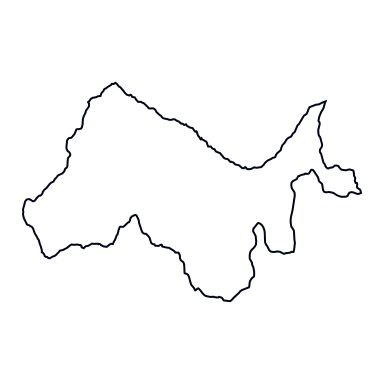 Sacama, Casanare, Colombia
{"feature_id": "7082276B28125615795996", "entity_name": "Sacama", "entity_type": "district", "adm_level": 2, "iso_a3": "COL", "parent_name": "Colombia", "parent_adm1": "Casanare", "projection": "equal_earth", "projection_center": [-72.205, 6.05], "detail": "fine", "context": "isolated", "style": "outline", "palette": "ink", "viewbox_px": 384, "rotation_deg": 0, "n_neighbors": 0, "source": "geoboundaries", "source_scale": "gbopen_adm2", "svg_char_len": 5979}
<svg xmlns="http://www.w3.org/2000/svg" viewBox="0 0 384 384"><path d="M45.6,256.8L47.0,256.9L48.6,258.2L50.0,258.2L52.6,256.6L53.8,256.3L55.5,255.4L58.7,252.2L59.8,250.7L62.9,250.0L66.8,248.0L70.3,245.2L71.6,244.5L73.6,244.8L77.6,244.6L79.8,245.0L81.2,245.5L81.7,247.3L82.0,247.5L83.8,248.2L85.2,246.7L86.1,246.2L88.3,245.8L92.0,243.6L93.9,243.9L97.2,243.7L98.4,244.2L98.9,243.8L100.4,244.3L101.0,245.1L103.8,246.5L105.7,246.6L106.3,246.9L107.1,246.6L109.4,244.7L111.1,243.8L112.9,244.0L114.1,241.1L115.0,239.9L116.7,235.3L117.6,234.3L118.5,230.3L119.5,227.6L119.9,227.0L120.3,226.7L121.0,226.7L122.9,226.9L123.9,226.4L127.8,222.7L129.2,222.0L130.0,220.4L130.2,219.1L130.6,217.9L132.0,216.4L135.0,214.9L135.7,215.0L136.5,215.5L138.6,219.8L139.1,223.0L142.0,231.7L143.3,233.2L144.3,233.7L146.0,233.8L148.3,236.1L149.7,238.0L150.9,242.2L151.6,243.4L152.6,244.0L154.5,244.4L155.0,245.5L155.8,245.8L158.7,245.9L160.4,244.9L161.4,244.7L162.1,245.2L162.1,246.2L162.3,246.5L166.3,247.5L169.2,247.9L174.3,251.1L175.1,252.3L175.7,252.6L178.5,252.7L178.9,253.1L179.9,255.6L180.0,258.4L180.6,259.8L182.1,261.4L183.1,261.9L183.9,263.5L184.3,266.0L184.5,272.8L184.9,273.3L186.7,273.9L188.0,274.8L189.0,276.9L190.6,283.0L191.6,285.3L193.7,287.6L195.1,290.3L195.8,290.2L197.4,288.6L198.4,288.4L200.2,290.2L202.7,293.5L205.1,295.7L207.0,296.3L211.0,297.0L212.9,296.7L216.1,297.4L218.3,297.4L219.2,296.8L221.9,297.8L223.7,300.4L230.0,301.2L230.6,300.9L232.7,299.0L233.3,298.1L239.4,292.5L240.3,291.2L241.9,290.1L248.9,287.3L249.3,286.5L249.6,282.8L250.1,280.9L251.8,278.2L254.0,276.5L254.2,273.8L254.1,271.3L253.3,267.1L252.2,265.0L252.0,262.8L249.9,259.1L249.7,258.3L249.7,255.1L250.2,252.3L251.1,250.5L253.9,247.7L255.1,246.1L256.0,244.3L256.2,241.3L255.7,236.4L255.4,235.4L253.1,231.3L253.4,228.7L257.8,223.2L258.8,223.0L260.9,224.2L262.1,225.4L263.3,227.3L264.3,229.8L264.7,232.3L265.1,242.3L266.2,245.0L267.0,245.7L269.2,250.1L269.9,250.9L270.9,251.6L273.2,252.0L276.1,251.8L277.0,251.4L280.0,251.8L283.4,253.6L284.3,253.8L285.2,253.3L289.8,252.7L291.4,251.9L293.3,252.0L293.6,251.8L294.1,249.7L294.9,243.0L294.4,239.5L294.0,231.7L293.8,230.6L293.4,229.7L291.3,226.5L290.6,222.3L290.8,217.8L292.6,209.8L294.7,196.0L294.7,194.6L294.6,192.9L294.0,191.5L292.3,189.1L291.6,187.5L291.3,185.5L291.4,183.2L291.8,182.4L292.9,181.1L296.7,179.1L298.2,176.3L302.1,174.7L304.0,174.4L305.3,173.6L307.2,173.9L308.3,173.7L309.1,173.3L311.2,169.8L312.8,169.9L313.8,171.0L318.0,177.3L318.8,180.4L319.5,181.7L321.8,183.6L322.2,184.5L323.0,189.6L323.3,190.6L324.4,192.0L326.3,192.3L328.8,192.0L332.0,192.5L334.0,193.3L336.7,195.1L338.3,195.8L340.6,196.6L342.5,196.8L346.0,196.7L347.6,195.8L348.8,193.4L350.1,192.4L351.0,192.2L352.9,192.3L356.9,193.8L358.4,194.0L361.0,193.0L360.5,190.6L360.0,189.6L357.4,187.9L356.9,187.0L357.2,184.2L357.1,183.3L356.8,183.0L355.6,182.9L355.2,181.6L354.9,180.8L355.2,178.0L354.8,177.0L354.1,175.9L353.9,174.7L354.0,173.1L353.7,172.5L353.5,170.9L353.0,170.4L349.5,169.4L345.8,170.3L341.6,169.7L340.5,168.9L338.2,166.0L336.4,165.5L334.8,165.6L332.7,167.3L329.8,167.8L328.1,168.5L327.3,168.3L325.9,166.9L324.6,163.9L323.5,162.7L321.1,153.8L320.2,152.6L319.8,151.2L320.0,149.5L321.3,147.7L321.9,146.4L322.1,144.4L320.2,137.4L318.9,135.5L318.6,134.7L318.2,131.0L318.4,129.2L319.6,124.7L319.7,123.4L319.4,122.2L318.6,121.2L318.5,120.4L319.3,116.6L321.1,112.2L323.5,108.2L324.9,103.1L325.6,101.4L322.7,102.4L318.8,104.4L315.9,104.7L309.5,107.2L308.4,109.3L307.5,112.0L306.6,113.9L303.9,115.7L299.1,123.8L297.3,125.8L294.8,131.9L292.9,133.5L291.1,136.6L288.4,137.9L286.6,139.4L284.9,142.4L282.4,145.2L281.4,147.6L280.7,150.2L276.9,153.5L276.0,155.0L275.3,157.0L274.4,157.5L272.6,157.8L271.4,158.8L268.4,160.2L267.1,161.0L265.0,162.9L263.7,164.8L261.2,167.1L256.3,167.8L254.2,167.3L251.2,168.9L249.6,169.2L247.6,169.1L246.6,168.7L246.1,167.7L245.1,167.1L243.8,168.3L242.2,168.1L239.0,165.3L235.1,164.4L233.7,162.7L231.5,161.8L230.5,162.0L228.0,159.3L227.1,158.9L225.4,158.7L224.4,158.2L223.4,157.4L222.6,156.1L221.0,154.4L220.2,153.2L216.5,151.8L215.7,151.2L214.5,149.2L213.0,148.8L212.2,148.3L210.7,146.5L208.9,146.6L208.0,146.3L206.7,142.4L206.2,141.6L202.1,139.3L201.5,138.3L200.7,139.3L200.5,139.1L199.4,137.2L198.3,136.0L197.3,133.8L196.7,131.5L196.5,131.3L195.3,131.7L194.9,131.4L192.6,128.1L189.6,127.4L188.5,126.6L187.3,126.2L186.0,124.3L184.2,125.0L182.8,123.8L181.1,123.6L178.8,121.5L177.1,120.9L174.8,119.4L173.8,119.2L171.4,119.8L169.1,119.8L167.7,119.2L164.0,118.5L162.4,117.7L161.8,117.1L161.3,116.0L159.8,115.1L156.5,112.1L155.4,109.9L154.1,108.8L152.9,108.3L150.0,108.5L148.6,108.2L147.5,106.7L143.7,103.1L142.3,102.7L140.8,101.8L138.1,101.9L135.9,99.3L134.8,97.4L132.2,96.9L131.2,95.0L130.4,94.8L129.2,95.5L126.8,94.7L124.7,92.7L123.9,91.4L120.4,87.3L118.8,86.4L116.9,83.9L115.4,82.8L113.6,84.0L111.9,83.8L111.1,84.9L107.8,86.9L105.7,88.5L104.6,88.9L104.0,89.6L103.3,91.2L102.3,92.1L101.4,93.3L100.5,96.0L97.9,96.3L96.1,97.2L92.7,97.8L90.8,98.9L89.6,100.8L88.2,101.9L88.1,102.4L88.9,103.2L89.1,103.8L88.9,106.6L86.0,110.6L85.4,112.9L83.7,116.4L82.9,119.0L82.6,124.4L81.8,127.5L80.8,128.7L79.1,129.1L77.6,129.1L76.4,129.5L74.5,134.0L72.2,136.9L71.1,137.8L69.0,138.1L68.4,138.5L67.1,140.3L66.4,147.5L66.7,149.2L67.5,150.8L69.2,152.2L69.8,153.1L70.3,154.6L70.1,155.6L68.2,157.9L67.8,159.1L67.4,165.7L67.1,167.1L66.8,167.6L65.6,168.4L65.0,169.1L64.6,170.7L64.1,171.4L62.5,173.3L58.1,175.4L57.1,176.5L56.6,177.5L55.1,178.8L53.4,181.6L51.0,182.8L49.8,183.9L46.5,188.0L44.3,189.8L42.9,191.7L42.4,193.4L41.9,194.3L40.4,195.6L39.2,195.7L38.1,196.6L36.5,198.3L35.1,200.3L33.8,201.2L33.2,201.3L31.9,200.7L29.8,199.2L27.5,199.3L26.8,199.5L25.6,200.7L24.9,202.2L24.3,204.9L23.0,209.3L23.3,211.9L23.0,214.4L23.9,218.3L27.0,224.5L29.6,225.5L30.3,226.2L31.3,226.6L32.1,227.1L33.0,228.4L34.8,233.4L37.0,237.0L37.6,238.5L38.4,239.4L39.1,241.1L39.6,243.3L41.1,247.3L41.9,250.7L41.8,252.3L43.3,253.1L44.3,254.8L44.7,256.0L45.6,256.8Z" fill="none" stroke="#020617" stroke-width="2"/></svg>